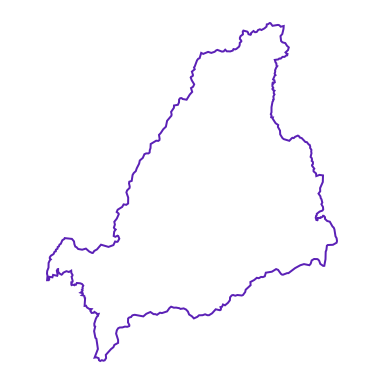 the district of Fresno, Tolima, Colombia
{"feature_id": "7082276B32656810983952", "entity_name": "Fresno", "entity_type": "district", "adm_level": 2, "iso_a3": "COL", "parent_name": "Colombia", "parent_adm1": "Tolima", "projection": "robinson", "projection_center": [-75.055, 5.192], "detail": "fine", "context": "isolated", "style": "outline", "palette": "violet", "viewbox_px": 384, "rotation_deg": 0, "n_neighbors": 0, "source": "geoboundaries", "source_scale": "gbopen_adm2", "svg_char_len": 5880}
<svg xmlns="http://www.w3.org/2000/svg" viewBox="0 0 384 384"><path d="M64.7,238.1L64.4,238.9L62.3,240.3L60.8,243.8L59.5,244.6L58.9,246.4L57.7,247.0L57.5,248.7L55.9,249.7L55.8,251.3L54.6,251.7L53.5,254.1L50.9,255.7L49.8,257.3L49.8,258.4L50.8,259.4L49.9,260.1L48.6,262.9L48.5,267.7L47.2,271.0L47.0,273.7L47.5,275.9L47.1,280.2L48.7,280.2L49.2,279.5L49.2,276.8L52.4,277.3L53.1,274.9L57.2,275.8L57.6,274.7L56.8,270.7L57.6,269.2L58.1,269.1L58.1,271.7L59.7,273.6L61.5,274.7L62.2,274.3L63.3,272.7L66.4,271.2L68.9,272.0L71.2,270.7L71.4,273.1L72.5,274.8L72.5,275.6L71.6,276.7L72.7,281.1L72.4,281.9L71.3,282.3L71.7,283.8L70.6,284.4L71.2,284.4L71.6,285.1L72.9,284.7L74.4,285.2L74.8,284.5L75.8,284.8L76.8,283.0L80.2,283.3L82.0,284.0L83.3,285.6L82.5,287.4L82.7,288.5L81.9,289.8L82.6,290.3L82.1,291.6L80.6,292.6L82.8,293.3L82.8,294.5L82.0,295.2L83.4,295.4L84.4,296.2L84.6,297.8L85.1,298.1L84.6,305.9L86.0,305.7L86.9,307.4L89.2,308.9L91.6,309.1L90.3,310.8L91.6,312.9L93.7,312.8L94.4,311.9L96.5,313.2L97.1,314.1L98.6,313.9L97.8,316.1L97.1,316.4L95.9,318.6L94.3,323.6L94.4,325.9L95.2,326.5L94.1,331.1L95.4,337.8L96.4,338.8L97.9,349.0L94.6,357.6L96.4,357.3L98.6,358.2L99.0,360.2L100.2,361.0L101.8,360.2L103.5,360.7L104.7,360.3L106.1,358.1L105.8,354.9L111.0,349.1L113.4,347.2L114.4,344.9L118.1,342.9L118.1,339.9L116.1,333.6L116.8,330.4L118.1,328.3L119.7,327.5L122.5,327.4L124.9,326.6L127.3,326.8L129.2,326.1L129.4,325.1L128.0,322.4L128.1,318.5L129.2,317.5L131.1,317.0L132.1,315.6L133.1,315.1L134.8,314.8L143.3,316.4L146.3,313.8L150.4,312.0L153.5,314.1L155.2,314.1L157.0,314.8L160.0,312.7L161.9,313.1L167.1,311.4L169.5,308.0L171.1,306.7L173.9,307.7L176.1,307.6L179.3,308.2L180.5,308.9L183.7,308.4L186.0,309.5L187.9,311.5L189.1,314.5L191.8,316.2L193.9,318.4L197.4,316.8L199.0,315.3L202.6,315.2L205.1,314.3L207.4,315.2L209.0,315.2L212.1,313.3L215.7,309.3L219.9,310.2L220.6,309.9L221.0,308.8L220.5,307.1L222.1,306.7L223.0,304.5L225.0,305.3L228.0,302.8L229.9,300.2L230.1,297.3L231.7,295.4L233.1,295.0L235.3,295.7L237.4,295.0L241.8,295.5L243.0,295.0L245.2,292.0L245.7,289.7L250.6,285.2L250.4,282.0L254.2,280.0L256.8,277.8L258.8,278.2L261.1,276.9L262.8,277.1L264.8,276.3L265.8,272.7L271.9,271.7L276.1,269.1L278.1,269.9L280.9,273.8L282.0,274.6L283.0,274.7L287.2,273.1L288.5,273.1L295.1,268.1L300.4,265.2L304.0,264.1L309.4,265.2L310.7,263.7L311.7,260.4L314.1,259.0L317.3,259.1L318.2,259.6L319.2,260.8L320.3,263.9L323.2,265.9L324.3,265.8L325.5,259.2L325.7,251.7L326.4,249.9L326.9,245.7L327.8,245.0L332.9,244.8L336.6,242.7L337.0,241.0L336.6,238.2L335.5,236.3L334.4,229.3L333.7,227.6L332.5,226.5L329.8,221.7L327.2,221.0L325.0,218.9L325.0,217.2L323.7,215.8L323.0,215.8L322.6,216.7L321.2,217.5L320.6,217.3L320.2,218.0L317.8,217.9L317.6,218.6L316.9,219.0L317.6,219.9L317.4,220.2L316.4,220.0L315.7,217.8L316.1,215.8L316.8,215.0L316.8,213.8L319.6,211.6L322.4,210.6L323.2,209.5L323.0,207.0L321.4,204.2L322.3,202.6L321.5,199.3L320.7,198.1L320.4,196.3L318.5,193.6L320.2,191.3L320.1,188.1L322.8,182.0L323.0,175.4L319.5,174.9L316.3,176.1L316.0,173.4L313.6,171.4L313.5,169.8L314.3,168.7L312.0,165.7L312.1,164.9L312.8,164.3L313.0,162.9L312.7,161.6L311.7,160.9L312.0,159.2L311.7,158.1L310.6,156.9L311.5,153.2L311.2,151.6L311.4,149.9L310.1,147.9L310.2,146.4L309.6,144.8L308.8,144.6L306.8,142.1L305.4,142.0L301.7,138.1L299.7,137.5L299.3,136.5L297.9,135.6L295.1,136.8L293.7,138.1L292.5,137.8L291.8,138.2L289.3,140.8L283.7,139.1L282.4,138.0L280.2,134.4L280.0,130.6L277.9,126.9L278.2,125.0L275.6,123.2L272.5,118.4L272.9,117.4L271.2,117.2L271.5,115.3L270.8,114.2L271.5,112.3L271.5,107.2L272.5,101.8L273.2,100.7L273.1,99.8L273.7,99.4L273.4,96.4L274.5,94.4L273.8,93.4L273.8,91.6L274.5,90.7L272.9,89.8L272.4,89.0L273.3,87.9L272.4,86.3L272.4,84.5L273.0,84.0L272.5,83.1L273.0,82.5L274.0,82.8L274.8,82.3L274.4,80.3L273.1,79.4L274.8,75.5L275.5,75.1L274.6,73.7L275.2,71.8L275.1,70.2L276.1,67.8L277.2,66.2L276.6,66.0L276.3,63.3L275.6,62.5L274.8,59.9L278.3,59.4L279.3,58.5L280.7,58.6L282.5,56.9L284.5,56.9L286.2,55.5L287.2,55.3L287.5,53.9L286.5,53.5L285.5,52.4L288.0,50.1L288.8,47.4L287.0,45.8L285.3,43.1L282.4,42.3L281.1,41.0L280.5,36.1L282.3,34.0L283.5,28.9L283.7,26.0L280.7,26.7L279.4,25.3L278.0,24.9L272.5,25.8L270.5,23.2L269.8,23.0L267.8,24.3L266.8,24.4L266.5,26.6L264.4,28.4L261.5,30.0L259.9,29.3L258.0,30.1L257.0,31.7L256.1,32.1L255.0,32.2L253.5,31.0L251.0,33.2L250.9,34.5L250.4,34.8L248.5,34.2L247.9,32.3L247.2,31.6L243.4,30.6L242.8,31.5L242.9,34.4L240.6,36.1L239.9,37.7L239.9,39.0L241.2,40.5L241.3,41.5L239.8,42.8L239.7,45.0L239.1,46.6L236.4,48.9L235.1,49.4L233.5,49.1L232.7,50.6L230.3,51.4L226.8,51.3L225.2,49.7L223.6,51.4L222.0,51.6L217.4,49.9L216.3,50.3L214.6,51.8L211.3,52.9L208.1,51.9L203.2,53.9L201.2,52.9L199.6,58.2L198.2,58.8L197.0,60.4L194.7,66.6L194.0,67.4L194.7,69.3L191.9,71.6L193.0,75.1L192.5,76.2L191.1,76.8L190.7,77.5L191.8,80.4L194.2,84.3L193.1,86.7L191.0,88.1L192.2,91.9L189.8,94.5L186.6,99.7L182.6,99.0L181.6,98.1L180.2,98.2L179.1,99.5L179.0,102.4L177.9,104.8L174.0,105.5L173.9,107.8L171.1,111.9L171.6,114.4L171.4,115.7L167.1,120.8L165.9,126.7L163.2,129.3L160.7,133.1L159.0,134.9L159.6,138.8L159.4,140.1L158.3,140.9L156.2,140.7L150.7,144.0L150.5,148.1L149.8,150.1L149.6,152.5L148.5,153.4L146.2,153.4L144.4,154.2L142.8,157.9L139.8,160.5L139.1,163.7L136.7,168.4L135.8,171.1L133.7,173.1L132.6,175.0L131.7,180.9L129.3,181.7L129.0,183.4L129.7,186.4L129.6,187.9L127.1,190.4L126.4,192.4L128.2,197.6L128.1,203.5L126.3,204.8L123.6,204.4L122.2,206.9L117.7,209.7L116.7,212.0L118.4,213.3L118.8,214.1L116.8,218.6L114.3,221.8L114.9,224.6L113.9,227.6L114.6,228.8L115.7,229.5L114.2,231.6L113.7,236.0L115.3,236.8L117.5,235.7L118.2,236.0L119.3,238.7L117.8,241.5L117.0,241.9L115.1,241.5L113.4,245.1L108.5,246.9L101.0,244.7L97.0,249.4L94.3,250.9L92.9,252.9L92.2,253.0L89.3,251.6L85.9,248.6L82.2,249.7L78.2,249.0L76.5,247.2L75.3,246.6L74.4,244.2L74.0,241.4L71.9,238.9L64.7,238.1Z" fill="none" stroke="#5b21b6" stroke-width="2"/></svg>